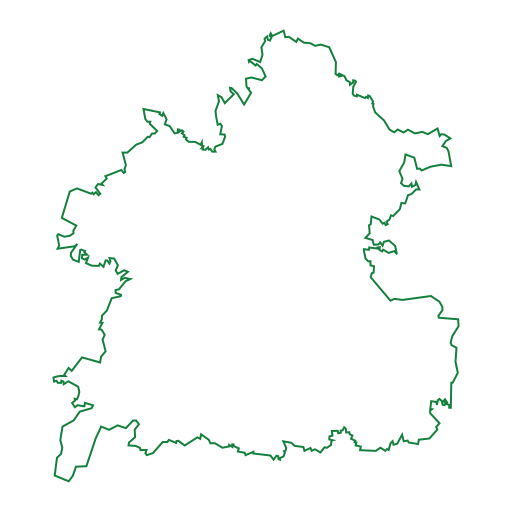 outline of Álamo Temapache, Veracruz, Mexico
{"feature_id": "50627088B22684914859278", "entity_name": "Álamo Temapache", "entity_type": "district", "adm_level": 2, "iso_a3": "MEX", "parent_name": "Mexico", "parent_adm1": "Veracruz", "projection": "robinson", "projection_center": [-97.719, 20.991], "detail": "fine", "context": "isolated", "style": "outline", "palette": "green", "viewbox_px": 512, "rotation_deg": 0, "n_neighbors": 0, "source": "geoboundaries", "source_scale": "gbopen_adm2", "svg_char_len": 5975}
<svg xmlns="http://www.w3.org/2000/svg" viewBox="0 0 512 512"><path d="M222.4,447.7L228.9,446.5L229.1,444.9L232.3,446.9L232.2,444.5L233.4,444.3L234.1,446.2L238.8,448.4L237.9,451.5L244.8,452.8L245.6,455.1L253.4,451.8L253.3,453.5L270.4,455.5L273.6,459.7L276.4,455.8L278.2,456.2L278.6,459.2L280.0,459.7L279.9,458.1L283.5,456.5L284.9,452.5L284.0,451.2L285.5,450.7L286.2,447.8L283.3,441.3L291.3,442.8L294.7,445.9L303.4,447.0L304.4,450.8L310.5,448.0L311.7,450.8L314.9,449.3L320.4,452.5L324.5,447.3L326.9,447.8L330.9,445.1L331.5,440.7L332.8,440.3L329.3,439.4L329.4,436.4L332.4,435.7L331.9,431.0L337.7,430.8L338.3,433.2L340.8,432.7L340.7,430.6L342.6,430.4L344.2,427.3L345.7,428.5L346.3,432.5L349.3,432.2L349.7,434.2L352.4,435.5L351.1,438.8L355.3,440.7L354.6,442.3L356.4,442.5L355.6,445.4L360.8,446.6L360.1,450.2L375.8,450.9L380.4,447.7L385.3,450.8L387.1,449.0L388.7,449.9L390.5,443.4L392.6,441.2L393.5,444.7L397.2,443.8L402.1,434.7L403.7,441.2L407.7,440.6L408.7,442.5L418.1,444.0L418.8,439.7L429.4,438.5L437.3,429.6L436.2,426.9L439.5,423.3L430.2,413.2L430.1,410.6L432.0,409.2L430.3,408.9L431.2,401.2L436.2,401.9L437.0,404.9L437.7,400.3L439.4,398.9L441.6,400.8L442.7,404.8L444.6,405.1L445.7,403.7L443.5,401.0L445.0,399.3L447.2,402.6L446.6,404.0L449.3,404.9L449.2,407.7L450.8,407.8L451.3,382.8L452.6,382.8L457.8,372.8L455.5,361.7L456.5,347.8L451.5,345.1L450.6,342.6L452.3,336.2L458.6,326.1L458.1,319.3L438.8,317.7L438.4,315.8L442.5,310.0L442.3,306.7L439.3,301.6L430.9,296.0L402.7,299.9L394.3,298.9L390.5,300.7L370.7,277.2L371.8,273.2L373.6,272.6L374.0,266.3L370.5,265.3L370.4,261.2L368.3,261.4L365.5,258.5L363.9,250.7L363.9,249.2L368.9,249.8L369.2,247.5L377.7,248.6L377.4,247.5L379.8,247.2L379.4,249.8L382.1,251.4L383.2,249.7L388.6,252.9L394.5,251.1L396.9,254.3L395.1,245.8L389.0,240.5L383.9,241.8L382.6,245.7L380.1,242.4L378.5,244.5L373.8,244.7L372.6,240.0L365.4,237.9L369.7,233.3L369.0,225.3L370.7,224.3L371.5,216.5L379.3,219.5L382.7,223.7L384.3,222.8L385.7,225.1L387.7,224.1L386.5,221.7L389.5,219.5L391.0,215.3L393.2,216.0L399.9,209.1L401.4,203.0L405.2,203.4L408.0,195.2L411.5,194.0L416.1,189.4L419.4,189.5L416.1,182.1L415.6,184.8L412.0,186.8L411.4,183.5L408.8,186.4L403.9,185.8L401.0,183.1L402.5,178.8L399.3,171.1L404.2,162.5L405.5,154.5L414.3,157.7L417.1,168.8L419.9,168.6L421.6,170.5L430.6,166.7L441.4,164.7L451.2,166.1L448.5,151.3L446.6,147.8L442.4,146.2L445.9,141.0L450.4,138.4L444.5,134.6L441.3,134.2L439.7,136.0L437.5,128.5L427.9,134.2L422.4,131.9L414.8,133.4L408.0,129.7L403.5,132.5L397.7,129.5L394.1,132.3L389.5,129.5L384.0,120.4L375.1,112.3L373.0,106.1L373.5,103.9L372.3,103.5L373.1,101.6L369.6,96.0L368.2,95.5L367.8,98.0L366.1,96.8L365.0,98.1L357.0,94.7L356.8,96.4L354.0,95.6L352.7,93.8L353.3,86.5L356.0,81.8L355.2,80.7L353.2,80.3L353.2,82.4L350.0,84.7L349.9,82.2L346.5,80.3L344.5,76.2L340.6,74.3L341.2,75.9L339.1,76.6L338.5,74.3L337.5,75.3L335.6,74.0L335.9,62.1L329.2,47.2L320.7,44.6L315.1,45.8L310.3,43.2L304.0,42.7L297.9,38.6L296.3,41.9L288.8,36.8L285.3,37.2L283.6,30.7L272.3,36.0L270.7,33.3L269.6,35.7L271.6,37.1L269.9,40.6L267.9,39.7L267.1,36.5L264.6,38.6L265.0,41.4L261.4,47.3L262.5,54.7L260.2,62.0L252.4,58.8L248.6,60.1L249.0,61.9L249.9,61.0L255.6,65.5L256.7,64.0L261.8,68.2L265.6,76.5L261.9,80.2L251.4,77.5L246.0,78.7L246.5,86.4L247.8,88.4L249.8,88.0L248.4,89.1L251.1,92.8L244.1,104.5L237.3,93.6L231.6,88.1L230.0,87.8L230.7,91.5L233.8,94.2L224.8,103.2L221.5,97.2L217.8,95.1L219.0,101.4L215.5,110.9L216.1,116.3L217.7,124.8L220.4,123.8L221.9,126.0L220.3,134.3L224.5,134.5L225.1,136.8L222.4,143.9L215.3,146.7L214.3,149.3L215.5,151.6L212.3,151.7L210.4,148.9L208.8,149.5L208.1,147.3L205.4,149.8L202.6,149.5L202.9,147.7L201.9,147.9L203.4,146.1L202.0,145.6L201.8,142.3L200.6,144.8L195.2,141.9L188.6,141.8L185.9,139.4L186.6,137.8L183.7,136.8L184.5,135.2L181.9,133.3L183.5,131.6L182.0,130.3L179.5,131.6L179.5,129.7L177.9,129.4L177.7,132.7L174.6,133.4L169.6,126.0L164.9,124.4L166.6,119.3L163.3,113.1L162.3,115.8L159.4,114.0L160.0,112.4L143.5,109.0L145.3,118.9L147.5,121.8L150.3,121.7L149.8,123.8L157.2,131.0L154.8,133.5L152.0,133.6L149.5,137.2L147.7,136.8L142.4,142.3L136.3,144.6L127.3,152.6L122.6,152.6L125.9,165.0L124.5,169.2L125.2,172.0L123.7,173.0L121.3,170.0L105.4,176.2L106.7,178.6L101.5,183.6L102.7,185.0L98.0,184.0L95.5,187.5L100.3,193.8L98.5,195.2L96.0,192.2L93.6,194.2L92.4,192.7L91.1,193.7L77.0,188.4L69.8,191.5L61.8,217.9L76.3,225.6L73.3,230.8L73.5,233.3L69.7,235.8L64.3,236.7L58.3,234.2L57.2,235.7L59.2,245.5L57.6,248.7L75.2,246.2L77.3,243.9L71.0,252.8L70.8,256.1L73.1,259.7L78.7,261.9L80.2,250.0L81.3,249.6L85.0,251.0L84.4,252.2L87.1,254.7L82.2,254.8L81.9,258.2L84.8,259.6L88.0,257.6L86.0,263.1L91.8,265.7L98.7,265.9L99.9,263.6L103.5,266.8L105.6,260.4L107.3,260.5L109.4,263.6L110.5,261.2L109.5,258.1L114.1,258.5L117.9,265.2L115.7,270.4L117.6,273.8L124.3,270.3L127.9,271.8L121.4,277.1L121.1,279.9L124.6,277.9L130.3,279.0L125.5,281.3L118.9,289.4L115.6,290.0L115.6,292.9L121.0,294.8L120.7,296.2L111.7,298.2L106.9,310.5L102.0,315.6L101.8,319.6L100.0,322.6L102.5,322.8L99.0,329.4L101.6,329.6L104.7,334.8L102.6,339.6L105.6,351.3L101.1,356.7L100.1,362.5L82.0,357.4L71.7,370.9L68.6,368.0L64.1,375.0L65.3,376.0L59.5,376.0L56.1,376.7L53.5,377.5L53.4,377.6L54.1,381.6L56.5,380.8L57.9,382.9L61.0,382.9L61.4,380.7L63.5,381.6L63.7,384.2L68.3,381.3L78.2,386.7L79.3,392.0L78.4,396.0L76.9,399.4L74.7,398.8L75.0,400.7L72.1,402.9L74.9,407.2L77.6,405.2L84.4,406.3L85.0,402.9L93.1,405.3L91.6,408.2L79.8,411.6L73.7,420.4L62.5,426.6L60.3,440.1L62.3,447.7L61.1,453.8L57.0,457.7L54.7,475.5L68.7,481.3L72.8,475.8L76.0,466.7L86.4,466.2L95.7,438.4L101.2,426.6L109.1,429.8L117.6,425.4L125.9,428.1L133.0,420.6L136.0,420.5L139.0,424.2L134.7,429.7L135.1,437.2L129.1,442.4L128.5,445.4L135.6,445.9L140.0,447.9L140.5,450.1L146.5,450.0L145.4,453.3L146.8,455.1L153.0,453.1L162.7,442.0L167.2,442.1L168.9,439.9L176.1,442.9L176.5,441.1L178.3,440.8L184.7,445.5L197.3,437.4L200.2,438.8L201.1,434.3L208.8,439.8L210.4,443.3L214.8,443.2L222.4,447.7Z" fill="none" stroke="#15803d" stroke-width="2"/></svg>